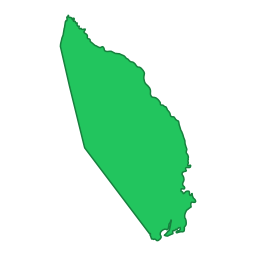 Marromeu, Sofala, Mozambique
{"feature_id": "85939544B84282844658581", "entity_name": "Marromeu", "entity_type": "district", "adm_level": 2, "iso_a3": "MOZ", "parent_name": "Mozambique", "parent_adm1": "Sofala", "projection": "equal_earth", "projection_center": [35.943, -18.405], "detail": "fine", "context": "isolated", "style": "filled", "palette": "green", "viewbox_px": 256, "rotation_deg": 0, "n_neighbors": 0, "source": "geoboundaries", "source_scale": "gbopen_adm2", "svg_char_len": 5748}
<svg xmlns="http://www.w3.org/2000/svg" viewBox="0 0 256 256"><path d="M66.8,17.2L67.0,18.6L67.0,19.8L66.9,20.3L66.6,20.8L66.3,20.8L66.0,20.7L65.7,21.2L65.4,21.7L65.0,24.3L64.5,27.6L64.2,28.4L63.1,35.1L62.2,37.4L62.0,37.9L61.2,41.5L60.9,42.5L60.6,44.0L60.4,46.4L69.5,86.1L84.5,147.2L84.8,148.0L149.4,233.5L150.2,233.5L150.4,233.7L150.5,234.1L150.1,234.7L150.1,235.1L150.5,235.8L150.8,236.9L150.9,237.1L151.1,237.3L151.4,238.5L151.6,238.9L152.6,238.9L152.9,239.1L153.1,239.3L153.4,239.4L154.3,239.1L154.9,239.2L155.5,239.4L156.7,240.5L157.2,240.6L157.8,240.6L158.5,240.3L160.1,239.0L160.5,238.5L161.1,237.4L161.1,236.7L160.9,235.9L160.3,234.9L160.2,234.5L160.3,233.3L160.5,232.5L160.7,232.1L161.2,231.4L161.9,230.7L162.5,230.2L164.3,229.3L165.0,229.2L165.8,229.2L166.6,229.4L167.0,229.8L167.7,229.4L168.2,228.5L168.5,227.5L168.7,226.4L168.9,224.7L169.0,224.1L170.3,222.2L170.7,220.9L170.9,220.3L171.1,219.6L171.3,220.5L171.2,221.5L171.0,222.3L170.7,223.0L170.4,225.5L169.4,230.0L168.8,230.8L167.7,231.7L167.6,231.9L167.2,232.2L166.9,232.8L166.1,233.5L165.8,234.1L164.6,234.9L164.5,235.3L165.6,235.8L166.8,236.0L167.2,236.1L168.2,235.8L169.4,235.1L170.3,234.8L171.5,234.2L172.5,233.9L172.9,233.6L172.9,233.1L172.7,232.4L172.6,231.8L172.7,231.4L172.8,231.1L173.1,230.7L173.4,230.5L173.9,230.7L174.5,230.5L175.4,229.9L175.7,229.5L176.0,229.3L176.4,229.3L176.7,229.5L177.1,229.4L178.3,228.0L178.8,227.6L179.5,227.8L180.0,227.6L180.3,228.9L180.2,229.5L179.6,230.2L179.1,230.6L177.5,230.9L176.8,231.3L176.3,231.8L176.2,231.9L176.3,232.5L176.5,232.7L176.8,232.8L177.4,232.7L178.4,232.3L180.1,231.9L180.5,231.8L181.2,231.7L181.9,231.8L182.5,231.8L183.1,231.7L183.8,231.2L184.1,231.0L184.2,230.7L184.3,229.9L184.4,228.8L184.3,227.4L184.7,226.7L185.5,225.7L185.8,225.2L186.1,224.4L186.2,223.7L186.2,222.6L186.0,220.5L185.5,218.9L184.8,217.8L184.7,216.9L184.7,215.3L184.8,214.7L185.3,213.0L186.3,210.8L186.8,210.1L187.8,209.4L189.1,208.3L191.1,206.9L191.0,206.2L190.8,205.0L190.8,204.0L190.9,203.4L191.3,202.6L191.6,202.3L191.9,202.2L193.0,202.2L193.6,202.4L194.9,202.3L195.2,202.1L195.4,201.9L195.6,201.5L195.6,201.2L195.5,200.7L195.1,199.8L194.7,199.3L193.5,198.2L193.1,197.5L192.8,196.8L192.5,196.1L192.3,195.2L192.2,193.9L192.1,193.6L191.8,193.6L191.6,193.7L190.8,195.4L190.6,195.5L190.3,195.4L189.9,195.2L189.5,194.3L189.4,192.9L189.4,192.2L189.0,191.3L188.8,191.2L187.6,191.1L186.8,191.2L185.8,191.6L184.0,193.4L183.6,193.6L183.3,193.6L182.8,192.3L182.6,192.1L181.8,191.5L181.4,191.5L181.2,191.4L181.0,190.8L181.0,190.1L181.2,189.2L181.3,188.9L181.9,188.8L183.6,189.0L184.2,188.9L184.5,188.6L184.7,187.9L184.5,187.2L184.3,186.8L183.0,185.5L182.7,184.7L182.7,183.8L182.7,183.2L183.0,182.4L183.7,181.0L183.9,180.1L184.0,179.4L183.7,177.6L183.4,176.7L183.1,176.1L182.5,175.2L182.1,174.5L182.1,173.7L182.2,173.1L182.5,172.5L183.2,172.0L184.2,171.5L185.6,171.3L186.2,170.9L186.3,170.6L186.2,170.4L185.7,169.4L185.6,168.8L185.6,168.4L186.0,167.7L186.7,167.5L188.7,167.6L189.6,167.5L190.3,167.1L190.5,166.5L190.7,165.8L190.5,165.4L190.3,165.2L188.9,165.5L188.2,165.6L187.8,165.5L187.7,165.2L187.7,164.7L187.9,164.1L188.3,163.1L188.3,162.4L188.2,161.9L187.9,161.3L187.9,160.8L188.2,159.9L188.3,159.4L188.1,158.5L188.4,157.2L188.3,156.6L187.9,155.3L187.4,154.4L186.5,153.2L186.2,152.4L186.2,151.9L186.4,151.2L186.4,150.7L186.5,150.3L186.8,150.0L186.8,149.5L186.7,148.8L186.4,147.9L186.0,146.9L185.2,144.2L185.0,143.2L184.9,141.1L184.8,140.4L183.7,137.6L182.7,134.1L182.3,133.3L181.9,132.1L181.5,131.3L180.8,130.2L180.1,127.7L179.2,124.8L178.7,121.9L178.4,121.2L178.1,120.9L177.1,120.5L176.1,119.8L175.6,119.3L174.3,117.3L174.1,117.1L173.7,116.9L173.2,116.8L172.4,116.8L171.6,116.7L170.9,116.3L170.4,115.3L170.1,113.9L169.7,112.9L169.2,112.0L168.8,111.6L168.1,110.7L167.4,110.0L166.9,108.6L166.1,107.1L165.7,106.8L164.9,106.7L164.5,106.5L164.3,106.3L164.0,106.0L163.0,105.2L162.6,105.1L161.3,105.1L160.6,104.6L160.4,104.3L160.3,102.8L160.1,102.3L159.0,100.7L158.0,99.5L156.4,98.2L155.7,97.8L154.2,97.4L152.7,97.3L151.9,96.9L151.4,96.4L150.7,95.2L150.5,94.5L150.4,93.6L150.5,91.3L150.4,90.1L150.0,88.9L149.6,88.0L148.2,86.2L145.7,83.8L144.9,82.6L144.5,81.6L144.1,79.8L143.8,78.2L143.9,76.5L144.3,74.2L144.4,73.3L144.2,72.6L143.8,71.6L143.0,70.4L142.2,69.4L141.0,68.1L139.9,67.4L139.3,67.2L138.1,67.1L137.2,66.7L136.1,65.5L135.6,64.6L134.8,63.6L133.5,62.5L132.7,62.1L131.1,61.8L130.3,61.5L129.3,60.7L128.0,59.2L126.8,58.6L126.1,58.1L124.8,56.5L124.1,55.9L122.9,55.3L121.4,54.7L119.7,53.9L119.1,53.7L118.0,53.7L116.9,53.5L115.8,53.5L115.3,53.4L111.2,51.3L109.3,51.3L107.5,51.5L106.5,51.4L105.5,51.2L104.6,50.5L104.3,49.7L104.0,48.3L103.4,47.3L103.0,46.9L102.6,46.7L102.0,46.8L100.6,47.5L99.3,47.5L98.2,47.0L96.3,45.9L95.7,45.7L94.8,45.3L92.4,43.2L90.4,41.6L90.2,41.3L90.1,40.1L90.0,39.7L89.7,39.3L89.1,38.9L88.3,38.8L87.7,38.4L87.4,37.9L87.3,37.6L87.4,36.1L87.3,35.5L87.0,34.8L86.3,34.1L84.4,32.9L84.1,32.4L84.0,32.0L84.1,31.6L84.2,31.3L84.9,30.3L85.1,29.9L85.2,29.3L84.8,29.3L84.5,29.1L84.3,29.2L83.9,29.3L83.3,29.2L82.7,29.4L82.0,29.4L81.5,29.1L81.0,28.4L80.8,28.4L80.2,28.8L79.8,28.8L79.5,28.7L79.1,28.2L79.0,27.9L79.0,27.6L79.2,26.8L79.2,26.3L79.0,26.1L78.6,26.3L78.2,26.3L77.5,25.8L77.2,25.5L77.1,24.9L77.1,24.0L77.2,23.5L77.1,23.0L76.8,22.9L76.1,23.1L75.6,22.7L75.4,22.3L75.4,21.8L75.3,21.6L74.9,21.3L74.4,21.1L74.1,20.9L73.9,21.0L73.8,21.3L73.6,21.3L73.5,21.2L73.4,20.8L73.5,20.2L73.3,19.8L73.3,19.5L73.5,19.4L74.1,19.5L74.2,19.3L74.2,18.7L73.8,18.2L73.6,18.2L73.5,18.4L73.5,18.9L73.0,19.2L72.9,19.3L72.8,19.7L72.7,19.7L72.3,19.4L72.1,19.1L72.0,18.7L72.1,18.2L71.3,17.8L70.7,17.4L70.0,17.5L69.2,17.4L68.9,17.2L68.7,16.8L68.6,16.0L68.5,15.5L68.4,15.4L68.2,15.4L68.1,15.6L67.7,16.7L67.2,17.1L66.8,17.2Z" fill="#22c55e" stroke="#15803d" stroke-width="1.5"/></svg>